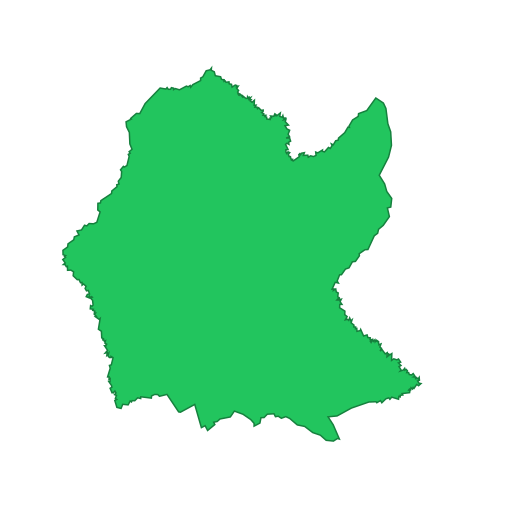 Federal, Entre Ríos, Argentina, rotated 283°
{"feature_id": "61730980B64393727529638", "entity_name": "Federal", "entity_type": "district", "adm_level": 2, "iso_a3": "ARG", "parent_name": "Argentina", "parent_adm1": "Entre Ríos", "projection": "albers", "projection_center": [-58.864, -31.028], "detail": "fine", "context": "isolated", "style": "filled", "palette": "green", "viewbox_px": 512, "rotation_deg": 283, "n_neighbors": 0, "source": "geoboundaries", "source_scale": "gbopen_adm2", "svg_char_len": 6076}
<svg xmlns="http://www.w3.org/2000/svg" viewBox="0 0 512 512"><g transform="rotate(283 256 256)"><path d="M429.1,170.3L427.1,169.4L425.3,165.8L418.6,163.9L416.9,162.0L414.5,162.6L408.8,155.9L405.7,154.4L407.3,153.5L405.6,151.8L405.9,150.0L400.7,144.0L401.0,139.8L399.6,138.3L401.0,138.0L401.0,135.7L399.2,135.2L398.7,133.0L400.1,131.5L398.4,130.6L398.1,124.8L379.6,113.7L368.6,110.7L368.0,107.4L361.9,103.0L361.4,103.8L357.5,99.2L352.8,100.8L347.9,104.8L336.8,107.9L332.1,111.2L329.1,108.9L327.8,110.3L326.3,108.7L324.5,110.0L315.1,109.9L313.0,107.6L313.5,106.6L309.5,104.6L308.1,106.1L302.2,107.0L297.9,105.0L295.3,106.3L294.1,104.3L292.3,105.0L287.0,100.9L284.4,101.2L275.1,92.4L272.7,92.5L271.8,90.1L265.2,91.5L263.9,94.2L253.0,93.3L250.8,90.4L250.1,86.1L247.3,84.4L247.4,82.0L242.1,80.1L240.1,75.9L236.7,78.8L233.8,74.7L230.8,74.8L225.6,70.1L222.4,70.4L218.1,66.6L213.9,67.7L213.5,70.4L212.6,69.5L211.8,70.7L209.1,68.5L206.3,71.7L204.4,70.3L204.7,71.8L202.9,73.6L203.6,74.6L199.7,75.6L200.6,78.7L199.6,81.8L195.6,82.3L192.7,87.2L193.3,88.8L190.5,91.0L191.1,92.4L188.5,93.1L189.9,94.3L188.3,97.2L185.9,96.8L183.9,98.7L184.7,100.4L181.6,102.3L180.6,100.3L178.2,99.7L177.8,102.1L179.2,102.6L177.8,103.2L179.4,104.6L179.0,105.8L177.5,104.5L176.1,106.7L171.6,108.3L170.1,107.5L170.5,106.0L167.2,106.4L167.5,109.5L166.3,109.2L166.0,111.4L164.1,111.3L164.3,112.5L162.8,111.6L161.4,113.9L160.8,113.0L159.0,117.4L160.1,118.2L149.2,118.9L147.9,122.3L141.5,124.1L141.1,125.9L139.3,125.4L140.3,126.3L138.8,127.4L139.6,128.4L137.1,128.4L136.5,130.3L135.1,129.5L135.0,130.7L134.5,128.6L130.7,132.6L127.5,130.9L128.4,132.8L125.9,133.0L128.2,134.3L125.3,134.3L124.1,136.0L124.5,137.7L125.5,137.4L124.8,139.6L117.4,139.5L116.4,137.8L113.8,139.2L104.8,138.6L105.1,140.2L102.8,140.5L103.7,141.5L100.9,142.0L100.6,140.8L97.4,144.3L95.7,145.1L94.3,143.6L90.3,146.5L90.9,147.6L90.0,147.5L92.7,148.9L91.1,150.4L89.1,149.4L88.8,151.4L85.5,151.0L84.9,152.6L83.5,150.9L77.2,154.5L77.1,158.8L81.5,159.5L82.2,164.9L86.4,166.0L85.8,167.5L87.2,167.8L87.7,170.4L91.2,172.6L91.2,175.7L92.9,175.4L94.0,186.0L96.2,185.7L98.3,188.4L98.9,191.4L97.6,193.5L101.1,200.4L86.7,215.7L86.8,217.5L97.6,229.7L76.5,241.4L79.2,244.6L75.1,248.1L82.5,253.8L84.5,252.1L86.0,255.4L89.1,257.6L93.4,267.2L100.0,269.8L98.9,278.9L95.5,287.6L92.5,291.8L89.8,292.4L94.1,297.4L99.6,297.2L100.4,300.2L104.4,302.6L106.3,309.0L103.8,311.1L104.9,313.7L103.6,317.2L106.2,321.2L105.3,325.4L100.7,334.2L100.9,341.8L96.7,351.0L95.9,359.0L92.2,365.8L93.1,373.1L96.5,376.4L96.4,378.4L108.9,369.2L115.5,362.4L118.4,371.0L129.3,383.2L139.1,398.8L141.0,405.7L140.2,406.7L143.1,409.8L141.3,411.6L146.1,414.7L147.7,417.3L146.5,418.7L149.0,420.0L148.5,427.1L151.3,426.8L151.2,428.2L152.7,427.9L153.6,430.3L154.8,429.3L157.4,436.4L159.3,436.3L159.6,434.8L160.9,435.5L160.5,436.8L162.5,436.7L161.6,438.4L163.2,438.7L162.5,439.7L167.0,441.5L166.2,443.6L168.8,445.4L168.7,443.5L170.6,441.5L171.7,443.2L174.4,442.3L172.8,441.7L173.5,439.9L171.7,439.1L173.8,439.1L173.6,436.7L174.6,437.9L176.8,435.6L175.1,434.3L175.0,432.0L176.8,430.9L176.3,429.1L178.3,429.3L179.3,427.7L178.3,426.8L179.9,426.1L178.0,425.2L176.4,422.5L177.5,423.1L180.4,420.2L181.9,421.9L183.9,418.8L185.1,420.8L187.7,418.0L186.5,416.6L186.8,413.4L184.8,411.6L191.5,410.3L189.9,408.7L190.4,407.2L189.0,407.8L187.2,406.3L191.3,405.6L189.7,403.9L193.1,399.9L191.3,398.3L194.3,399.0L195.1,397.2L198.4,397.5L197.1,395.7L199.8,394.7L200.1,392.9L200.5,393.8L201.1,392.3L199.2,391.4L201.1,390.7L199.3,389.6L200.9,388.6L197.6,387.6L198.8,386.4L200.5,387.5L200.5,385.9L202.0,385.7L201.7,383.3L204.1,382.0L202.3,378.8L208.0,374.5L206.7,374.3L205.3,371.3L208.1,370.5L207.5,369.3L209.2,369.1L208.9,367.2L210.7,367.0L212.3,363.7L215.4,363.9L214.2,363.0L216.7,361.2L214.1,360.8L214.9,359.3L213.9,357.4L217.5,358.4L218.8,355.7L222.3,355.0L224.4,349.1L227.7,348.5L228.2,350.6L230.4,348.2L233.0,348.8L232.2,347.6L233.2,347.0L231.7,346.7L231.3,344.7L234.0,346.2L234.7,344.8L238.5,344.4L239.0,342.3L241.8,341.1L239.9,339.2L241.4,339.2L240.8,337.6L248.2,339.1L248.2,342.3L249.9,340.7L256.5,341.7L257.0,343.5L263.4,346.1L265.4,349.3L272.0,351.2L273.1,354.1L279.5,356.7L281.4,356.0L286.6,360.7L287.5,363.6L302.3,366.7L305.5,369.4L309.6,369.4L314.5,373.1L324.4,377.1L332.4,373.2L334.0,376.3L342.6,375.3L348.3,368.9L355.2,365.1L362.4,357.9L382.2,362.9L394.3,363.1L407.3,359.3L414.6,354.7L429.0,349.4L433.7,345.7L436.9,337.2L422.6,331.2L417.8,323.9L415.0,324.2L410.3,319.5L403.5,317.4L402.4,318.1L402.2,316.6L396.1,314.7L389.5,309.9L387.4,310.0L386.2,307.7L381.7,306.3L382.2,304.2L380.6,305.3L377.5,304.2L378.1,302.2L372.8,299.3L373.0,297.0L374.2,296.9L370.4,293.0L370.7,290.8L367.5,291.9L365.8,289.6L365.9,286.7L364.0,284.7L365.9,283.8L364.6,279.5L367.6,279.9L366.3,277.0L364.7,276.7L365.5,275.6L364.3,274.9L362.6,275.9L357.0,270.9L357.4,269.2L358.4,269.8L358.4,268.2L360.6,267.2L360.3,266.0L362.4,264.6L364.3,265.6L364.7,263.8L362.8,262.8L364.0,261.8L366.2,261.2L366.9,263.3L371.4,259.7L372.8,260.7L372.2,263.0L374.2,262.1L375.7,263.9L378.5,262.2L377.7,258.8L379.7,261.9L381.9,259.9L386.1,260.5L386.8,257.5L389.5,254.9L390.9,258.2L393.4,254.3L396.1,254.4L395.0,252.4L397.0,253.4L396.6,251.7L398.8,250.6L397.1,250.3L397.4,247.7L400.8,247.5L397.3,244.7L397.1,243.0L398.2,243.7L398.8,242.4L396.1,241.9L395.7,238.7L394.3,240.0L393.5,238.6L392.2,239.1L391.9,235.7L393.7,235.1L393.8,233.4L395.3,234.0L394.7,231.1L396.3,231.6L397.0,229.2L398.6,230.4L399.8,230.2L399.1,228.3L401.1,225.2L399.9,224.3L401.3,223.5L400.8,221.5L403.0,222.1L402.4,220.3L407.4,219.4L404.9,217.6L405.8,215.5L407.2,216.1L406.8,214.4L409.1,215.1L408.0,213.9L409.3,213.5L409.1,213.2L407.9,213.1L409.1,212.0L407.7,212.2L407.3,210.6L409.0,207.1L407.3,208.0L410.2,204.0L408.2,203.2L410.2,203.1L409.8,201.3L410.4,202.5L411.6,201.2L413.4,201.8L414.9,199.5L417.4,200.4L416.6,198.8L417.8,198.8L417.9,197.3L415.2,194.7L417.8,193.5L417.7,191.2L419.6,190.5L418.5,187.7L419.7,186.5L419.0,185.6L421.2,185.2L420.3,185.0L420.4,182.6L422.7,181.2L422.5,175.8L426.1,173.9L426.9,170.6L429.1,170.3Z" fill="#22c55e" stroke="#15803d" stroke-width="1.5"/></g></svg>